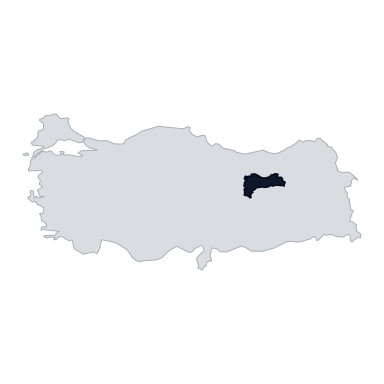 where Erzincan sits in Turkey
{"feature_id": "TUR-2300", "entity_name": "Erzincan", "entity_type": "Province", "adm_level": 1, "iso_a3": "TUR", "parent_name": "Turkey", "parent_adm1": "", "projection": "albers", "projection_center": [39.186, 39.548], "detail": "fine", "context": "in_parent", "style": "filled", "palette": "ink", "viewbox_px": 384, "rotation_deg": 0, "n_neighbors": 0, "source": "natural_earth", "source_scale": "10m", "svg_char_len": 5336}
<svg xmlns="http://www.w3.org/2000/svg" viewBox="0 0 384 384"><path d="M298.7,140.2L304.1,142.0L305.8,140.5L310.7,140.6L315.1,141.5L317.4,138.2L320.5,138.4L321.2,140.0L322.6,140.6L327.4,144.5L326.9,145.0L328.0,146.5L332.0,147.3L332.5,149.3L335.7,152.3L337.5,157.0L336.7,160.4L335.1,162.6L337.9,169.7L337.2,170.6L342.1,172.7L348.2,172.0L350.2,172.9L356.4,178.3L358.0,180.4L353.8,177.9L351.6,180.4L350.8,186.0L344.4,187.4L345.5,191.0L347.4,192.6L347.0,196.1L347.5,197.4L349.5,199.6L349.4,202.7L350.3,205.9L350.5,209.8L353.3,210.8L352.2,212.7L349.6,220.8L349.8,221.5L351.9,221.5L356.7,225.0L355.9,226.2L356.8,231.3L361.0,234.3L360.4,236.0L360.6,237.7L357.7,237.1L352.0,242.0L351.4,241.9L350.5,240.4L350.0,235.9L348.6,234.8L346.7,234.6L343.6,236.8L340.7,236.9L337.7,236.7L329.9,234.2L327.1,235.3L324.1,234.3L318.5,240.1L316.8,240.6L315.8,237.9L313.8,236.4L311.2,238.6L301.4,241.6L296.8,242.1L291.2,241.3L286.6,241.7L274.0,248.1L261.9,251.4L251.1,251.1L245.2,247.2L240.6,246.3L226.6,252.0L219.8,251.6L217.6,249.2L212.4,248.0L211.2,250.3L210.0,255.8L211.6,261.0L208.7,261.2L206.8,262.3L206.1,266.1L203.4,267.5L202.4,269.9L201.9,269.9L197.6,267.8L198.9,266.0L196.4,258.8L197.8,256.6L203.7,251.0L203.6,247.6L201.3,245.2L194.0,249.2L193.3,250.8L191.6,252.0L189.0,252.4L176.6,246.3L168.9,250.8L162.2,257.5L157.2,259.8L142.9,260.8L140.3,262.0L135.6,260.2L132.9,258.1L126.9,249.5L115.2,242.4L102.4,239.8L101.1,241.2L100.1,247.4L97.4,253.0L96.3,253.5L93.6,251.8L83.2,254.2L75.1,249.4L73.8,247.6L72.6,240.7L71.4,240.0L70.0,240.8L68.6,240.6L62.8,237.0L59.6,236.4L57.2,239.0L53.9,239.8L53.9,239.0L55.4,237.3L50.2,237.0L47.4,238.0L43.8,236.7L44.1,236.0L47.2,235.4L54.2,235.3L59.0,231.3L42.8,229.5L41.1,230.2L41.2,227.9L42.2,226.9L46.6,226.6L46.6,224.7L44.3,222.3L41.6,220.8L40.9,215.7L39.7,214.3L39.9,213.7L42.7,213.2L43.7,209.7L43.6,207.4L38.7,204.8L37.5,204.9L36.5,202.8L34.5,201.1L32.5,202.0L27.7,198.3L29.0,196.4L30.3,196.6L30.7,195.0L30.1,192.1L30.4,190.7L31.6,190.5L32.8,190.9L33.9,192.7L33.6,195.9L34.7,198.0L35.9,196.2L38.2,197.6L42.5,197.2L43.5,196.5L40.4,196.2L39.3,195.2L37.5,189.7L40.3,188.6L42.5,186.3L39.2,184.1L40.4,180.7L37.9,176.3L42.6,171.8L42.5,171.0L41.3,170.5L28.5,170.9L28.6,168.6L29.9,166.7L30.5,161.8L31.4,159.2L33.8,158.8L37.2,155.3L42.4,151.3L47.1,152.1L49.2,151.0L52.0,151.3L52.6,153.3L54.9,154.9L59.3,155.2L61.5,154.3L59.8,151.8L62.4,151.4L64.3,152.1L62.9,154.5L63.5,154.8L69.2,154.8L75.1,156.1L81.6,156.5L82.5,155.8L78.2,152.8L81.4,150.9L83.1,150.7L97.0,150.2L97.1,149.7L88.9,147.7L84.9,144.3L83.9,142.5L85.2,138.8L86.2,137.9L89.2,138.1L99.2,140.9L106.6,140.6L114.4,143.9L122.1,144.1L123.8,143.1L126.0,139.5L137.2,134.3L141.3,131.4L158.4,126.3L183.2,128.8L187.7,126.6L190.2,127.5L189.4,129.1L189.5,130.6L192.3,134.5L196.7,136.8L202.9,135.2L205.2,136.0L207.1,141.9L210.9,145.6L212.7,145.9L215.1,143.9L217.4,143.7L221.0,145.8L222.2,147.9L234.3,150.6L236.7,152.4L244.9,154.2L262.9,150.1L269.5,152.9L275.1,153.8L277.5,153.3L284.7,149.9L286.9,148.0L291.5,146.3L297.1,142.4L298.7,140.2ZM68.9,118.6L68.1,121.1L68.8,124.1L70.9,128.4L73.1,130.7L84.7,137.5L82.4,142.3L79.2,142.8L69.1,139.1L64.6,140.6L61.6,139.7L57.3,140.1L55.7,143.0L52.2,146.0L43.3,149.2L34.4,156.6L32.1,157.4L33.5,154.6L33.8,152.1L37.5,149.6L42.5,148.0L44.0,146.3L32.2,145.0L31.4,142.2L32.7,141.9L37.2,137.8L37.8,136.0L38.1,131.3L43.1,129.4L43.6,128.3L43.5,123.7L39.5,120.5L39.8,119.2L43.1,118.4L45.3,115.6L49.9,115.6L52.2,114.4L56.3,114.1L60.7,118.7L66.7,117.9L68.9,118.6ZM28.3,155.4L24.2,155.5L23.0,154.6L24.5,153.4L27.7,153.0L28.5,154.5L28.3,155.4Z" fill="#d9dde1" stroke="#a8b0b8" stroke-width="1"/><path d="M250.9,176.2L251.3,175.4L251.3,174.2L252.1,174.3L253.6,174.1L254.4,173.8L254.8,174.1L255.3,174.3L255.9,174.4L256.4,174.6L258.3,175.7L259.0,176.0L259.6,176.4L259.9,176.8L260.2,177.1L261.3,177.4L262.3,177.9L263.4,178.0L264.4,177.9L265.4,178.0L266.4,177.9L267.4,177.4L269.4,176.9L270.1,176.1L270.8,175.1L271.7,174.7L272.7,174.8L273.6,174.7L274.3,174.1L275.1,173.7L278.0,174.3L277.5,175.5L277.3,176.8L278.3,177.3L281.3,177.3L282.5,178.8L282.4,179.5L282.5,180.1L282.8,180.6L283.1,181.0L283.8,181.4L284.5,181.7L285.1,182.4L284.7,183.4L284.1,184.6L284.1,186.0L283.0,185.6L281.5,185.6L280.1,185.4L277.4,185.3L277.1,185.1L276.4,184.9L276.2,184.9L276.2,185.0L275.6,185.1L275.0,185.5L274.6,185.5L273.0,186.1L271.6,185.8L270.6,185.2L270.0,185.4L269.2,186.5L267.9,186.9L265.2,187.3L263.8,187.3L262.5,187.0L261.1,186.9L260.4,187.3L259.7,187.5L258.8,187.3L257.8,187.5L256.1,188.1L255.6,188.5L255.3,189.2L254.8,189.4L254.3,189.4L254.1,189.7L253.9,190.1L253.7,190.2L252.6,190.6L252.3,191.3L252.5,192.0L252.8,192.5L252.3,192.7L251.8,192.8L251.4,193.1L251.1,194.4L250.8,194.6L250.7,194.6L250.5,195.3L250.5,195.8L250.8,196.1L251.0,197.5L250.4,197.6L249.9,197.8L248.8,196.5L248.0,196.0L247.2,195.7L245.6,195.6L244.2,194.9L244.6,194.2L244.7,193.5L244.6,193.1L244.5,192.7L244.6,192.3L244.6,191.9L244.5,191.2L244.3,190.6L244.3,189.8L244.3,189.4L244.2,189.2L244.4,189.1L244.6,188.9L244.7,188.7L244.9,188.6L245.6,188.1L245.7,187.8L245.3,187.2L244.7,186.8L244.1,186.2L243.9,185.4L244.3,184.6L244.6,182.2L245.4,181.0L245.9,180.3L246.5,179.9L246.9,180.0L247.2,179.9L247.4,179.3L247.1,178.8L245.8,179.1L244.6,179.2L244.4,178.4L245.1,176.5L245.9,176.1L246.7,176.7L247.6,176.9L248.4,176.3L249.3,176.1L250.1,176.2L250.9,176.2Z" fill="#0f172a" stroke="#020617" stroke-width="1.5"/></svg>